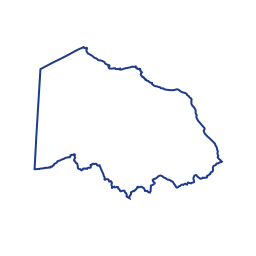 the district of Talara, Piura, Peru, rotated 104°
{"feature_id": "86281439B38323615258078", "entity_name": "Talara", "entity_type": "district", "adm_level": 2, "iso_a3": "PER", "parent_name": "Peru", "parent_adm1": "Piura", "projection": "mercator", "projection_center": [-81.054, -4.452], "detail": "fine", "context": "isolated", "style": "outline", "palette": "blue", "viewbox_px": 256, "rotation_deg": 104, "n_neighbors": 0, "source": "geoboundaries", "source_scale": "gbopen_adm2", "svg_char_len": 5755}
<svg xmlns="http://www.w3.org/2000/svg" viewBox="0 0 256 256"><g transform="rotate(104 128 128)"><path d="M138.0,28.8L136.5,31.0L136.0,32.2L135.1,33.5L134.6,33.9L134.2,34.0L133.3,33.7L133.0,33.7L131.6,34.8L131.0,35.1L129.1,35.2L128.7,35.3L127.7,36.1L125.1,37.4L123.3,39.2L122.1,39.9L118.0,46.8L117.1,48.7L114.9,52.1L113.1,53.5L112.3,53.8L111.9,53.9L110.7,53.4L109.6,53.8L109.2,54.2L107.9,56.3L107.0,57.5L103.9,61.8L102.2,63.4L101.3,64.1L100.5,64.4L99.2,64.5L98.8,64.4L98.3,65.1L97.2,65.9L96.4,66.3L95.2,66.4L93.8,67.1L93.1,67.8L92.8,68.2L92.3,68.5L90.7,70.9L89.9,71.8L89.1,72.3L88.1,72.7L87.3,72.7L86.8,73.0L85.8,73.2L84.8,73.2L84.0,74.1L83.4,75.7L82.5,76.6L81.7,78.6L80.7,79.4L80.6,79.7L80.2,81.0L80.2,83.5L79.7,86.0L78.8,87.7L78.5,89.3L78.7,90.0L80.0,92.5L80.6,94.1L81.2,96.9L81.5,99.5L81.6,101.5L81.5,102.5L81.1,103.1L81.4,105.7L81.3,106.0L80.8,106.5L80.7,107.2L80.8,108.8L80.6,109.8L80.8,111.1L80.7,112.6L79.7,115.1L79.3,115.4L78.5,115.6L78.5,117.6L78.1,118.9L77.5,119.6L77.4,121.5L77.1,122.6L76.7,123.1L76.4,122.8L76.3,123.0L75.9,124.3L75.2,125.1L75.1,126.3L74.7,126.6L74.6,126.3L74.3,127.1L73.8,127.9L72.9,128.6L71.5,128.5L71.2,128.2L70.6,128.0L70.2,129.1L69.9,129.3L69.7,129.3L69.4,129.8L68.9,130.1L68.5,130.8L68.3,130.7L68.0,130.4L67.8,130.5L67.8,131.0L67.8,131.5L68.1,131.7L68.3,132.1L68.3,133.5L67.4,134.1L67.6,134.6L67.4,134.7L67.3,135.0L67.0,135.1L66.9,135.3L66.5,135.5L66.8,135.9L66.9,136.5L67.2,136.7L67.4,137.3L67.3,137.7L67.5,138.1L67.4,138.6L67.9,139.5L68.4,140.0L70.6,144.7L71.7,146.7L72.6,147.9L73.1,149.1L73.2,150.2L73.0,150.3L72.4,150.3L73.2,151.8L73.5,152.9L73.7,153.9L73.6,154.5L73.1,155.0L74.5,158.7L74.5,159.6L74.8,160.4L74.6,160.8L74.1,161.1L73.4,161.7L73.2,161.9L72.8,161.9L72.6,161.7L72.5,161.1L72.4,161.0L71.9,161.2L71.6,161.5L71.7,162.1L71.3,165.0L70.6,166.1L70.1,166.4L69.8,166.8L69.1,169.3L69.1,171.0L69.3,172.4L69.2,173.6L68.4,174.8L68.1,175.8L68.1,177.0L67.7,178.1L67.2,179.1L66.8,179.7L66.0,182.3L65.5,184.6L64.7,185.7L63.6,186.8L63.1,187.1L62.6,187.2L61.2,187.0L60.5,187.1L60.3,187.5L60.3,187.8L60.8,188.9L60.9,189.8L60.8,190.4L60.3,190.5L60.2,190.8L60.7,191.1L63.8,195.2L66.7,198.5L71.9,204.1L77.9,211.0L82.1,216.1L92.1,227.2L157.4,215.1L190.5,208.7L190.2,207.1L189.4,205.2L189.3,204.2L188.6,203.3L187.7,200.4L187.2,199.8L186.7,198.9L186.8,198.3L186.5,198.0L185.9,196.0L185.5,195.5L185.4,194.7L185.2,194.8L184.7,193.9L184.1,193.4L184.2,193.0L184.0,192.7L183.9,192.3L183.3,192.2L182.8,191.8L182.3,191.2L182.0,191.0L181.3,191.1L180.3,190.4L179.8,189.9L179.5,189.4L178.6,188.7L178.0,188.4L177.4,188.4L175.7,185.8L174.5,184.5L173.4,182.7L173.0,182.5L172.0,181.2L171.3,179.9L170.9,178.6L170.6,178.3L170.4,177.3L170.2,177.2L168.4,177.2L168.2,176.8L168.2,176.4L167.8,176.2L167.5,175.8L167.4,174.8L166.8,174.4L166.4,173.4L166.5,173.2L168.7,172.8L169.6,172.2L171.6,172.6L172.7,172.4L173.0,171.5L173.4,171.3L173.6,171.0L174.6,169.8L174.7,168.9L175.0,168.5L176.0,168.1L176.7,167.7L178.0,167.3L178.2,167.1L178.9,167.0L179.1,166.9L179.5,166.1L179.7,165.0L179.5,164.2L180.0,163.2L180.3,163.1L180.3,162.8L179.8,162.4L179.5,162.3L179.4,161.9L178.6,161.8L178.2,161.5L177.8,160.5L177.9,159.4L177.3,158.8L177.4,158.2L177.3,157.9L177.4,157.7L176.7,157.4L176.0,156.7L175.9,156.1L175.8,155.4L175.6,154.8L175.3,154.7L174.0,154.7L173.6,154.8L173.0,155.4L172.8,155.3L172.5,154.7L172.2,154.5L172.2,154.1L171.8,153.8L171.3,153.5L171.1,153.2L171.2,152.2L170.9,151.4L170.5,150.8L170.6,150.5L170.5,150.0L170.9,149.5L171.5,149.1L171.8,148.4L171.8,147.9L171.3,147.3L171.1,146.6L175.7,143.2L178.6,140.8L180.4,140.0L181.1,139.0L181.7,138.7L183.5,138.4L183.8,137.7L183.2,137.1L182.7,136.3L182.7,134.7L182.8,134.3L183.7,133.9L184.5,133.3L184.4,132.7L183.8,132.2L183.8,131.8L183.9,131.5L184.3,131.3L184.5,130.8L185.3,130.3L185.9,130.4L187.3,130.2L187.8,130.0L188.5,129.3L189.3,129.3L189.9,129.1L190.0,129.0L189.9,128.8L189.1,128.3L188.9,127.7L188.3,127.1L188.7,126.6L188.7,126.2L188.0,124.8L188.1,124.3L187.7,123.6L187.9,123.3L189.3,122.6L189.3,122.1L190.0,121.1L190.7,120.7L191.2,120.0L190.9,119.2L190.0,117.7L189.7,116.3L189.8,116.1L190.9,115.5L191.3,115.0L191.4,114.4L192.3,113.8L192.7,113.2L193.6,113.0L194.2,112.8L194.6,112.9L195.2,112.0L195.8,109.5L194.7,110.2L194.1,110.1L193.4,109.8L192.9,109.4L192.2,109.5L191.7,109.2L191.1,109.2L189.8,109.5L189.3,109.2L188.5,108.2L187.8,107.7L187.8,106.9L187.3,106.4L185.8,105.8L185.5,105.2L184.6,104.9L183.4,104.8L182.8,104.5L182.6,104.2L183.0,103.7L183.1,103.4L181.9,101.3L181.7,100.4L182.3,99.6L182.4,99.1L182.2,98.6L182.6,98.0L184.1,96.7L184.6,96.5L184.9,96.3L184.7,95.7L184.8,94.8L184.3,94.1L185.4,92.6L185.3,91.1L184.6,91.1L183.9,90.8L183.3,90.8L182.5,91.0L182.0,91.3L180.5,91.3L180.2,91.5L179.6,91.5L178.5,91.8L178.0,91.5L177.5,90.6L176.7,89.6L175.8,89.0L175.0,88.7L174.6,89.2L174.1,90.4L172.5,91.5L172.3,91.5L171.9,91.2L171.8,90.6L171.1,90.3L170.7,89.4L170.0,88.6L168.2,87.3L167.4,86.8L166.9,86.3L166.3,85.0L166.2,84.2L166.3,83.6L167.3,81.6L167.5,79.5L168.2,78.2L168.5,77.2L168.3,75.5L168.5,75.2L168.5,74.1L169.2,73.0L169.1,72.0L170.4,70.4L171.5,69.4L171.8,68.9L172.6,68.0L173.6,67.1L174.0,66.1L173.4,65.2L172.4,64.7L171.6,63.4L170.5,62.6L169.9,62.0L169.7,61.4L169.8,60.5L168.6,59.6L168.2,58.8L168.6,57.7L168.6,57.0L166.4,56.6L166.3,56.3L166.5,55.4L166.5,53.5L165.8,53.0L164.8,51.0L164.4,50.8L164.1,50.9L163.2,51.2L161.6,52.2L160.0,52.4L159.0,52.1L158.1,52.0L157.2,50.9L157.2,50.4L157.5,49.9L158.4,48.8L158.8,47.9L159.1,47.0L159.6,45.9L159.7,45.3L158.7,43.7L158.0,43.3L158.1,42.4L157.3,40.6L157.1,39.6L156.5,39.4L155.6,39.7L155.2,39.6L154.3,38.4L153.1,37.7L152.9,37.1L152.6,36.9L151.1,37.1L150.3,36.0L149.3,35.3L147.9,35.4L145.9,36.1L144.8,36.0L144.0,35.7L142.9,34.1L141.4,33.6L140.9,33.2L140.7,32.2L139.4,30.8L138.9,30.4L138.6,29.4L138.0,28.8Z" fill="none" stroke="#1e3a8a" stroke-width="2"/></g></svg>